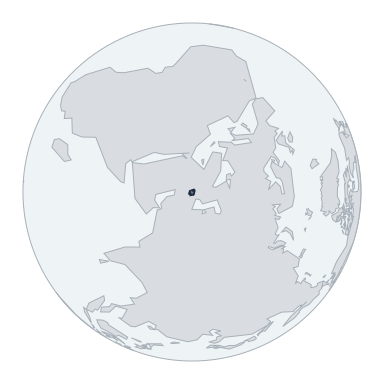 Kordestan highlighted on a globe, orthographic projection, rotated 108°
{"feature_id": "IRN-3241", "entity_name": "Kordestan", "entity_type": "Province", "adm_level": 1, "iso_a3": "IRN", "parent_name": "Iran", "parent_adm1": "", "projection": "orthographic", "projection_center": [46.82, 35.623], "detail": "fine", "context": "on_globe", "style": "filled", "palette": "slate", "viewbox_px": 384, "rotation_deg": 108, "n_neighbors": 0, "source": "natural_earth", "source_scale": "10m", "svg_char_len": 11494}
<svg xmlns="http://www.w3.org/2000/svg" viewBox="0 0 384 384"><g transform="rotate(108 192 192)"><circle cx="192" cy="192" r="169" fill="#eef3f6" stroke="#a8b0b8"/><path d="M187.0,23.1L193.4,23.4L211.8,25.5L219.5,26.2L216.3,26.4L232.3,28.4L243.5,31.5L229.6,28.1L227.3,27.9L234.3,29.8L233.4,30.2L236.3,31.4L234.6,31.8L226.6,30.3L225.3,30.6L230.4,32.0L231.9,33.6L224.6,31.4L226.5,34.1L213.5,33.0L195.5,28.5L187.0,29.8L165.3,30.7L166.0,31.6L158.2,33.1L156.2,34.9L152.7,35.0L154.1,36.4L157.6,36.0L159.4,36.6L158.5,37.7L153.9,37.9L153.7,37.3L151.9,38.0L150.0,37.7L150.5,38.5L145.0,38.8L149.0,40.2L143.6,42.0L140.4,41.8L142.5,39.5L140.4,34.8L137.8,34.6L131.9,36.3L117.1,43.8L113.4,44.9L107.2,48.1L108.3,48.3L113.6,46.0L114.2,47.6L120.6,45.0L121.8,45.5L127.6,44.2L124.8,47.0L118.8,50.6L113.8,52.0L111.0,53.8L114.1,54.9L103.3,60.3L93.4,69.1L90.8,70.5L88.6,68.2L92.7,61.6L89.8,60.3L89.6,64.0L83.1,68.1L81.2,70.2L80.4,71.8L82.0,71.5L79.4,73.8L78.6,70.4L81.0,68.4L81.2,69.3L83.1,66.5L82.5,65.0L79.3,67.6L81.9,64.0L79.6,66.0L78.9,66.5L82.3,63.5L78.7,66.6L87.8,59.0L97.5,52.0L107.6,45.6L118.1,40.1L129.0,35.2L140.2,31.2L151.7,27.9L163.3,25.5L175.2,23.9L187.0,23.1ZM23.3,201.5L23.5,204.4L25.4,218.6L26.8,227.1L26.9,227.9L24.6,214.8L23.3,201.5ZM225.3,27.0L221.4,26.2L225.5,26.9L225.3,27.0ZM237.0,31.6L238.4,31.8L239.3,32.4L237.0,31.6ZM128.8,42.8L128.2,43.5L127.5,43.4L128.8,42.8ZM131.9,41.7L131.5,41.1L132.9,40.5L133.1,40.9L131.9,41.7ZM237.5,33.6L238.5,34.8L236.1,33.3L237.5,33.6ZM132.2,42.7L135.4,39.5L137.9,38.6L141.0,39.4L132.2,42.7ZM238.2,35.3L240.8,38.5L244.1,39.1L236.2,39.6L236.6,36.5L233.1,34.4L236.5,35.5L238.2,35.3ZM159.1,35.4L155.3,35.9L159.3,34.5L159.1,35.4ZM161.2,34.5L171.0,30.3L176.2,30.5L171.9,31.7L179.3,31.5L177.0,33.6L172.4,34.2L169.5,33.6L170.9,34.9L161.2,34.5ZM231.5,39.7L230.9,40.4L230.0,39.4L231.5,39.7ZM160.4,36.7L161.9,35.7L166.5,35.8L164.4,37.8L163.6,37.1L160.4,36.7ZM182.3,30.5L185.4,31.1L184.4,32.9L185.4,33.4L177.4,33.7L182.3,30.5ZM162.1,37.7L163.1,38.9L160.2,40.0L159.2,37.7L162.1,37.7ZM168.6,35.0L170.7,35.2L168.9,35.7L168.6,35.0ZM150.2,44.9L151.9,43.5L154.4,43.3L150.2,44.9ZM163.7,39.3L164.8,38.9L166.0,38.8L166.0,39.8L163.7,39.3ZM177.3,35.0L176.2,35.8L180.5,35.0L179.9,36.6L174.7,36.5L176.7,37.2L176.5,37.7L172.5,37.2L177.3,35.0ZM169.7,40.5L162.8,41.4L159.1,44.0L156.7,44.1L163.1,39.9L169.7,40.5ZM171.7,38.5L169.9,39.7L167.9,39.2L167.8,38.0L171.7,38.5ZM181.4,37.7L183.7,35.3L184.7,35.4L181.4,37.7ZM169.0,41.3L170.7,41.1L169.0,41.6L169.0,41.3ZM178.1,38.9L178.7,38.0L179.9,38.1L178.1,38.9ZM173.5,41.6L171.3,41.8L171.2,41.0L173.5,41.6ZM175.9,40.4L177.4,40.9L172.5,40.5L176.0,40.0L175.9,40.4ZM179.1,39.2L180.0,39.0L178.7,39.5L179.1,39.2ZM175.2,44.9L169.0,44.7L168.7,42.7L174.8,43.2L175.2,44.9ZM48.9,226.6L44.6,198.1L49.0,191.8L51.3,181.1L82.9,160.1L87.8,165.7L110.6,170.9L113.1,173.4L108.5,181.4L124.1,198.0L131.4,192.3L147.4,201.9L159.3,203.5L166.9,187.6L147.5,184.6L146.0,175.8L163.1,171.2L180.4,174.3L180.4,171.0L171.0,162.7L176.6,157.3L168.0,159.3L170.3,163.0L165.0,164.5L162.5,161.4L164.6,159.4L159.9,157.2L151.2,167.5L152.6,172.4L139.2,171.8L140.2,179.9L136.0,182.6L132.6,169.9L134.2,165.9L126.6,150.8L123.7,154.9L130.7,169.6L127.8,167.8L124.0,174.2L124.6,167.9L117.8,151.5L106.7,150.2L89.8,161.8L83.9,160.2L80.3,153.9L89.3,138.3L101.4,143.7L104.8,138.9L104.8,129.4L108.5,132.0L110.0,129.0L114.8,130.8L124.0,126.0L129.2,127.2L135.2,118.6L138.7,118.3L134.1,123.3L133.8,127.7L147.1,131.2L150.4,129.9L153.2,124.2L156.5,126.2L157.5,120.3L166.3,119.9L156.4,115.6L159.5,109.6L166.0,106.0L165.2,103.4L154.5,109.3L151.9,112.5L152.4,116.3L143.6,125.1L138.5,125.4L141.0,113.9L134.0,113.4L139.0,105.2L165.0,93.2L174.6,92.1L185.5,102.7L181.9,106.1L176.2,103.9L179.3,111.5L180.1,108.2L182.9,110.0L186.4,105.2L188.6,106.3L188.4,100.0L191.4,100.9L191.4,104.9L199.3,99.1L206.2,99.9L207.0,98.1L205.8,96.0L215.3,98.7L215.4,97.3L212.4,95.8L210.7,92.2L211.4,87.0L214.6,88.2L214.8,90.3L220.1,96.6L220.1,102.2L221.5,102.2L222.2,97.7L215.8,89.9L215.3,86.5L218.9,89.7L217.6,88.2L218.3,86.9L222.1,86.9L218.4,83.3L222.4,69.1L230.1,68.1L232.9,72.2L239.1,65.0L247.3,65.4L244.5,63.9L245.6,60.1L243.0,59.9L241.7,58.9L243.3,50.1L246.2,49.3L243.6,44.7L242.2,44.1L239.9,44.3L236.2,39.6L244.1,39.1L247.0,40.5L250.0,39.5L256.2,43.1L262.7,45.9L267.8,51.0L272.5,53.2L273.1,52.6L279.9,55.5L291.9,64.1L279.5,59.5L261.0,49.1L268.3,53.3L265.8,53.2L268.0,55.4L273.2,58.5L274.3,58.3L278.5,69.5L289.5,81.5L290.7,77.5L295.1,78.6L308.7,91.0L320.2,116.4L326.2,119.9L329.0,123.9L329.2,129.0L325.1,123.2L322.0,123.5L319.7,119.7L318.5,126.6L315.2,121.5L316.0,129.7L319.6,132.5L321.9,128.0L324.0,137.9L330.9,141.4L335.7,149.7L337.5,171.2L333.4,182.1L333.9,185.3L330.2,184.5L328.4,193.2L337.8,204.3L338.6,208.9L334.2,222.5L333.5,219.3L323.7,217.4L324.1,229.2L331.7,233.4L334.3,241.9L329.5,242.4L326.5,235.0L323.0,234.0L322.4,224.2L316.4,212.1L311.5,218.1L310.3,212.2L301.4,203.5L293.4,211.7L281.7,233.3L282.6,248.5L277.5,256.8L265.0,238.7L260.5,224.5L255.3,227.3L243.1,216.8L219.9,219.5L217.3,215.7L212.8,218.0L204.2,214.5L200.4,208.0L194.9,208.6L205.4,225.6L211.3,225.0L217.1,217.9L218.8,224.0L227.1,228.6L215.7,244.3L182.4,257.8L180.2,246.3L160.5,212.3L161.7,208.6L161.7,208.2L161.5,207.4L158.6,213.2L155.6,206.3L164.9,230.4L166.0,240.2L181.9,258.5L180.2,260.2L185.6,263.8L204.4,259.4L204.2,263.1L194.7,280.0L169.7,300.4L173.7,313.7L173.0,324.0L158.9,329.1L161.6,336.2L154.5,337.5L155.1,341.1L150.3,343.7L141.7,344.9L125.4,340.7L123.2,337.6L113.2,329.2L98.7,308.5L101.6,301.2L99.6,293.5L87.9,272.2L90.4,263.1L87.6,257.5L81.6,255.9L78.5,249.1L75.1,247.2L54.3,238.1L48.9,226.6ZM70.0,174.6L68.7,177.6L70.0,174.6ZM197.6,186.2L208.6,186.8L205.6,176.1L209.6,175.6L207.1,172.3L205.3,175.4L199.4,166.4L204.9,163.3L204.5,158.7L200.8,158.3L191.7,165.6L200.0,178.2L196.7,182.5L197.6,186.2ZM83.2,68.3L83.2,68.6L81.8,70.6L81.4,70.2L83.2,68.3ZM82.0,77.1L77.8,80.5L80.5,77.6L79.1,77.5L83.2,71.6L89.7,70.9L86.0,72.1L82.0,77.1ZM90.5,64.2L87.2,67.6L90.6,63.9L90.5,64.2ZM113.5,112.1L114.3,114.9L111.2,117.7L104.6,117.4L108.9,113.1L113.5,112.1ZM116.2,118.3L120.5,107.6L124.8,107.8L121.7,109.4L124.1,110.6L119.6,113.6L119.5,124.7L116.8,128.1L106.0,124.8L111.0,123.9L109.9,121.0L116.2,118.3ZM124.0,83.7L126.0,80.0L132.8,85.0L130.2,87.8L123.4,87.3L122.5,83.7L124.0,83.7ZM137.1,45.1L137.4,44.2L138.6,44.0L139.4,44.7L137.1,45.1ZM150.8,44.2L137.1,49.5L136.7,48.6L129.1,53.3L125.2,52.8L130.3,49.6L121.6,53.1L124.6,50.0L118.8,52.7L130.5,45.8L132.8,43.5L131.7,46.1L135.2,46.6L137.4,46.1L145.5,43.3L152.3,39.1L156.9,39.2L158.3,40.5L157.3,41.5L154.7,41.0L155.3,42.8L150.8,42.9L150.8,44.2ZM172.2,60.5L169.5,58.5L170.1,63.9L165.5,63.3L165.8,63.9L161.8,64.9L157.4,67.4L155.6,66.7L154.7,68.1L152.0,68.9L150.2,70.5L146.3,69.9L143.7,72.0L143.3,70.6L139.9,74.3L140.7,71.3L137.3,72.4L138.3,74.7L121.9,69.5L114.5,70.3L107.8,72.8L110.0,67.8L117.8,62.5L127.7,58.3L134.5,58.5L134.3,56.4L137.5,56.0L136.4,57.8L140.1,54.9L142.5,55.1L151.3,52.5L155.2,48.6L158.5,47.7L158.2,49.4L161.7,47.4L163.3,50.1L165.7,49.6L169.6,52.0L167.5,55.8L170.4,55.0L173.5,57.0L172.2,60.5ZM176.2,45.7L174.7,49.9L171.5,51.8L166.0,46.9L163.6,47.0L159.9,44.4L164.7,41.8L165.3,42.8L167.0,43.1L164.8,43.7L167.8,43.5L168.8,44.9L171.3,45.1L170.1,46.4L176.2,45.7ZM117.2,171.2L119.4,172.3L123.0,173.1L120.7,177.3L117.2,171.2ZM112.3,160.0L114.4,160.2L112.9,166.0L110.7,165.0L112.3,160.0ZM116.9,155.5L114.7,159.7L114.5,156.8L116.9,155.5ZM136.3,123.3L138.7,123.2L138.5,124.7L136.5,126.4L136.3,123.3ZM172.9,77.8L171.9,76.0L172.9,75.5L174.0,71.1L177.5,71.5L178.2,74.2L172.9,77.8ZM162.9,190.0L158.7,192.7L157.2,190.9L159.0,190.4L162.9,190.0ZM138.1,185.3L143.2,188.6L137.4,186.5L138.1,185.3ZM176.9,77.4L176.9,75.5L178.6,76.9L176.9,77.4ZM180.1,71.5L182.3,72.7L178.0,71.0L180.1,71.5ZM234.0,355.3L235.5,355.1L232.7,355.8L234.0,355.3ZM202.4,322.8L192.7,339.1L184.6,339.1L182.3,334.6L185.3,324.8L194.5,321.8L198.8,316.8L202.4,322.8ZM350.6,244.6L351.9,242.6L351.7,243.3L350.6,244.6ZM349.3,245.1L351.1,242.4L348.7,246.9L349.3,245.1ZM351.8,241.3L353.6,237.1L354.4,234.8L354.0,236.3L351.8,241.3ZM347.9,247.1L339.1,257.2L335.1,259.4L336.4,256.2L342.8,250.4L347.9,247.1ZM336.1,256.4L329.5,255.7L317.9,243.8L322.1,241.6L333.7,245.3L333.1,247.9L337.1,249.5L336.1,256.4ZM350.5,229.6L349.7,236.3L345.2,241.5L342.9,243.0L341.4,237.0L342.2,232.1L344.2,230.1L349.9,208.4L352.3,208.7L351.0,217.1L352.8,220.0L350.5,229.6ZM283.5,249.6L287.9,256.8L284.8,259.3L283.5,249.6ZM350.7,195.3L349.4,204.7L350.1,193.6L350.7,195.3ZM350.3,185.9L351.1,188.8L349.6,187.2L350.3,185.9ZM335.3,189.6L333.2,192.5L332.5,190.3L334.6,185.4L335.3,189.6ZM339.3,156.8L342.0,163.3L342.6,165.9L340.3,163.1L339.3,156.8ZM206.6,80.4L201.2,85.8L199.7,90.6L202.4,94.3L196.2,91.7L198.7,84.3L206.6,80.4ZM220.1,70.2L217.7,67.4L220.2,67.4L221.1,68.0L220.1,70.2ZM217.6,69.4L211.8,68.4L211.4,66.1L216.1,67.3L217.6,69.4ZM194.2,72.3L192.4,73.8L191.0,72.6L194.2,72.3ZM329.3,290.4L331.1,287.7L331.9,286.7L335.6,280.2L345.0,263.7L352.7,244.2L352.9,243.5L348.4,255.9L343.0,267.9L336.6,279.4L329.3,290.4ZM353.8,238.8L356.1,230.5L356.9,228.1L353.8,238.8ZM360.2,207.6L360.1,208.4L360.2,207.0L360.6,202.7L359.9,205.0L360.7,198.7L360.7,201.2L360.2,207.6ZM358.2,216.3L358.1,218.0L357.7,218.1L358.2,216.3ZM358.8,213.7L359.7,211.5L358.6,215.4L358.8,213.7ZM353.9,219.6L354.5,222.3L356.3,216.4L354.9,222.5L355.6,226.4L355.0,229.5L354.4,225.1L353.3,232.9L352.5,234.3L352.5,229.2L353.6,220.4L354.4,215.9L357.5,208.3L353.9,219.6ZM359.0,209.1L358.7,205.7L358.8,202.0L359.2,203.2L359.0,209.1ZM356.8,198.0L355.0,195.6L354.0,199.9L355.2,187.9L356.9,192.2L356.8,198.0ZM354.1,189.0L353.3,193.0L353.6,186.5L354.1,189.0ZM352.6,191.9L351.7,188.5L352.8,187.3L352.6,191.9ZM354.7,188.0L353.6,181.5L354.8,184.2L354.7,188.0ZM349.3,181.3L352.9,183.4L349.5,185.7L345.9,174.3L347.1,172.0L349.3,181.3ZM333.9,123.3L331.7,120.6L331.7,118.0L333.2,120.6L333.9,123.3ZM329.9,108.1L331.0,116.5L331.5,123.7L333.0,123.8L336.0,130.2L332.0,127.2L329.3,118.3L329.5,113.8L326.4,108.9L324.6,103.5L320.2,98.7L318.4,95.4L322.5,98.5L329.9,108.1ZM318.2,96.8L309.8,87.8L311.4,85.5L313.6,87.0L316.8,92.0L315.8,92.9L318.2,96.8ZM308.3,85.0L307.2,85.9L292.6,76.9L289.9,74.5L301.9,79.6L301.5,80.8L304.8,83.6L308.3,85.0ZM232.7,40.8L231.1,40.4L232.5,40.2L232.7,40.8ZM240.3,58.9L238.8,57.6L240.5,57.2L240.3,58.9ZM235.5,53.8L234.7,55.2L234.2,53.2L235.5,53.8ZM233.0,58.5L233.7,55.5L235.0,59.1L233.0,58.5Z" fill="#d9dde1" stroke="#a8b0b8" stroke-width="1"/><path d="M189.4,191.4L189.3,191.2L189.2,191.1L188.9,190.9L189.0,190.7L189.2,190.3L189.3,190.3L189.3,190.2L189.8,190.0L189.9,189.9L189.9,189.7L190.0,189.6L190.8,189.7L192.0,189.5L192.2,189.8L192.5,189.9L192.8,189.9L193.0,189.7L193.2,189.4L193.3,189.5L194.5,189.7L194.6,189.8L194.6,190.0L194.7,190.4L194.7,190.7L194.7,190.9L194.6,191.0L195.3,191.6L195.4,191.8L195.0,191.6L194.9,191.6L195.0,191.7L195.0,191.8L195.1,192.0L194.9,192.0L194.7,192.1L194.6,191.9L194.4,192.0L194.5,192.3L194.8,192.9L194.9,193.1L195.0,193.1L195.1,193.3L195.2,193.5L195.1,193.9L195.0,194.0L195.0,193.9L194.9,193.7L194.8,193.8L194.7,193.9L194.5,194.0L194.4,194.0L193.9,193.5L193.7,193.4L193.5,193.5L193.4,193.7L193.1,193.7L193.0,193.9L193.0,194.0L192.9,193.9L192.7,194.0L192.5,194.3L192.4,194.4L192.3,194.5L192.2,194.6L191.8,194.6L191.7,194.6L191.6,194.4L191.6,194.2L191.4,194.2L190.8,193.4L190.4,193.0L190.3,192.9L190.1,192.7L189.9,192.4L190.0,192.3L190.0,192.2L189.9,192.1L190.0,192.1L190.0,191.9L190.3,191.8L190.5,191.7L190.8,191.6L190.8,191.4L190.7,191.4L190.6,191.5L190.4,191.5L190.4,191.4L190.2,191.3L189.9,191.4L189.7,191.4L189.4,191.4Z" fill="#64748b" stroke="#1e293b" stroke-width="1.5"/></g></svg>